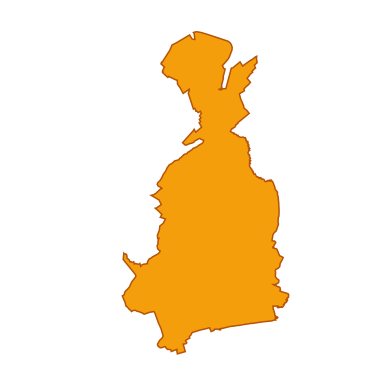 the district of Margineni, Bacau, Romania, rotated 261°
{"feature_id": "2599482B26421783388183", "entity_name": "Margineni", "entity_type": "district", "adm_level": 2, "iso_a3": "ROU", "parent_name": "Romania", "parent_adm1": "Bacau", "projection": "natural_earth1", "projection_center": [26.8, 46.608], "detail": "fine", "context": "isolated", "style": "filled", "palette": "amber", "viewbox_px": 384, "rotation_deg": 261, "n_neighbors": 0, "source": "geoboundaries", "source_scale": "gbopen_adm2", "svg_char_len": 6027}
<svg xmlns="http://www.w3.org/2000/svg" viewBox="0 0 384 384"><g transform="rotate(261 192 192)"><path d="M188.9,273.5L191.2,272.3L190.5,271.5L190.6,270.6L191.6,270.7L191.3,269.6L191.5,268.4L190.8,268.3L190.6,267.8L191.0,267.1L190.8,266.1L191.3,265.5L193.1,265.0L193.9,263.6L193.8,262.8L194.0,262.5L195.2,262.4L195.4,262.0L195.0,261.3L195.6,260.8L195.2,260.3L196.8,259.3L196.8,258.5L197.8,257.8L200.0,257.2L199.9,256.5L200.1,255.7L200.6,255.6L201.3,255.9L202.3,255.1L202.9,255.6L203.8,254.7L205.2,254.6L205.6,253.9L206.9,253.6L208.3,252.8L209.3,253.1L210.4,253.1L210.9,254.0L211.7,253.3L212.7,254.2L213.5,253.7L213.9,254.7L214.8,254.0L215.4,254.0L216.1,255.0L217.8,254.2L218.5,254.6L219.0,254.2L219.6,254.6L220.9,253.5L221.5,253.4L222.3,253.5L223.6,254.6L224.3,254.6L224.3,255.5L225.3,255.2L225.8,255.9L226.4,255.6L226.4,255.4L225.6,255.1L226.1,254.7L226.3,255.0L227.7,255.3L228.5,254.5L228.9,255.2L229.7,255.4L230.0,254.8L231.5,255.0L231.8,254.3L232.3,254.2L232.7,255.0L233.1,255.1L233.4,254.7L233.2,254.2L234.5,253.4L234.8,253.2L235.3,253.6L237.3,253.2L237.5,252.9L237.4,252.0L238.3,251.1L238.3,249.3L238.8,247.7L239.9,246.5L240.7,246.4L240.7,245.3L241.9,244.8L242.4,243.3L243.1,243.0L243.1,242.6L243.6,242.5L243.4,242.1L244.0,241.7L245.9,239.3L248.2,241.1L248.2,242.1L248.7,242.5L249.3,244.3L251.2,245.9L251.6,245.9L252.5,248.0L253.2,248.0L260.7,260.8L263.9,259.0L266.8,256.5L269.1,256.5L276.0,254.7L280.5,254.2L281.7,254.3L283.4,258.9L283.8,259.6L285.7,259.5L287.6,261.9L289.2,264.6L291.2,266.9L295.6,264.2L299.2,268.0L300.8,270.6L301.7,270.2L304.0,273.1L304.4,274.1L307.5,273.5L309.6,276.6L313.4,276.5L315.9,277.1L315.5,275.8L313.8,272.8L312.2,268.9L308.5,261.7L313.0,259.8L308.4,252.0L308.2,251.4L308.2,250.2L288.9,241.7L289.0,238.4L288.3,236.3L289.1,234.7L289.4,234.8L289.2,236.8L289.7,238.2L290.9,237.4L292.1,238.0L293.0,238.0L299.7,240.9L300.7,240.7L301.3,241.0L308.3,244.0L309.0,242.7L312.1,241.8L317.1,247.9L319.2,249.8L326.0,253.7L328.5,254.3L330.8,254.0L333.1,253.2L335.3,251.2L345.4,231.6L348.0,226.2L349.6,221.7L349.4,218.5L349.3,218.3L348.3,218.9L342.2,218.7L342.6,217.1L343.3,215.9L347.5,214.2L341.8,199.9L340.3,195.3L335.4,192.2L324.6,182.6L324.9,182.2L323.4,181.4L319.7,184.4L319.1,183.7L316.0,181.7L315.2,182.2L314.6,181.6L308.9,186.1L309.8,187.0L305.3,193.5L304.7,194.9L300.8,194.6L296.2,196.8L290.7,198.7L294.0,205.4L293.0,205.4L290.3,203.8L289.7,203.8L273.7,206.4L274.2,207.7L273.1,208.2L271.2,208.5L271.1,209.4L269.4,210.6L270.4,212.9L268.0,213.6L267.7,212.9L266.0,211.4L263.8,212.5L262.6,210.6L260.1,211.5L259.3,209.9L254.5,211.6L250.5,205.0L253.6,203.9L252.2,202.7L242.2,190.4L239.4,192.6L239.3,194.0L240.1,197.1L240.3,199.7L240.9,201.7L241.8,202.4L243.7,207.5L243.5,208.1L243.6,208.3L242.6,209.2L241.2,211.6L240.2,211.2L239.1,210.5L238.3,209.4L237.4,206.7L235.7,203.5L234.9,199.9L233.9,198.8L233.2,197.0L232.5,196.1L231.9,194.1L230.7,192.8L230.5,191.1L230.1,189.7L227.5,186.3L227.3,185.3L225.9,183.8L225.4,179.7L223.3,176.5L222.4,173.8L219.5,171.0L216.9,169.4L214.0,166.5L210.8,164.4L208.3,162.1L206.7,159.8L205.0,158.8L202.9,159.6L201.8,161.5L200.3,162.9L199.8,162.2L200.1,161.6L196.3,156.1L196.1,155.2L195.3,154.1L195.1,151.1L189.3,158.2L184.3,159.7L181.8,154.4L181.7,153.2L178.8,155.7L174.5,158.7L172.0,156.7L169.6,161.5L165.6,158.7L163.4,154.9L159.2,153.7L154.6,151.0L151.4,150.8L151.5,152.0L148.2,150.5L146.0,150.3L144.6,149.2L143.5,149.1L141.3,149.2L139.5,150.4L139.0,151.2L137.6,150.7L136.2,148.7L134.0,142.6L133.2,141.2L132.5,139.2L130.0,137.1L128.2,136.7L128.2,132.1L127.6,130.6L126.7,129.7L129.4,129.3L129.1,129.0L129.2,127.2L130.2,125.0L129.9,123.9L130.1,123.6L132.1,123.6L131.9,121.8L132.6,121.0L132.8,119.8L133.6,119.7L135.3,119.0L136.9,117.4L137.5,117.4L138.5,117.8L140.2,117.6L141.0,117.1L141.0,116.4L141.6,116.0L141.8,115.1L142.0,115.0L136.1,113.5L120.2,122.7L118.8,123.4L117.2,123.3L112.6,118.4L108.2,115.5L105.7,112.7L105.0,111.3L103.6,110.0L101.3,109.0L100.7,108.1L100.3,106.9L93.5,108.6L89.5,109.0L89.0,109.8L85.9,111.7L85.0,112.7L83.4,113.5L84.2,115.4L84.0,117.5L82.8,119.1L81.7,121.7L81.0,122.6L80.3,124.1L78.8,125.5L79.8,131.4L79.9,135.8L78.1,136.4L67.8,138.4L62.0,140.0L54.3,141.0L52.2,139.4L50.7,137.0L48.0,134.8L47.2,134.2L46.1,134.0L45.1,134.3L43.2,136.1L43.0,137.3L43.2,139.3L43.5,140.5L43.4,141.6L41.9,142.0L40.4,143.1L39.9,145.5L39.4,146.4L37.7,146.6L38.9,152.5L37.6,152.2L34.4,152.2L35.4,160.4L43.1,159.5L43.1,162.1L43.9,163.3L46.2,162.3L47.4,164.8L47.9,166.9L49.6,166.8L51.0,168.6L53.2,170.2L54.4,178.7L54.9,185.9L55.2,187.3L55.0,188.2L54.2,188.1L53.5,188.6L51.2,189.0L51.9,192.2L52.9,192.5L52.8,194.6L52.2,196.0L52.3,196.7L51.3,198.2L51.5,198.6L52.5,197.9L52.6,198.2L52.6,201.5L53.2,208.7L53.0,213.0L53.1,214.2L52.9,217.2L53.0,224.9L52.9,228.7L53.2,229.3L52.8,230.3L52.7,241.4L52.2,250.3L52.6,253.3L52.9,253.6L52.4,254.6L54.8,254.6L53.8,256.0L54.5,257.1L55.1,256.9L56.2,255.2L56.8,255.1L57.4,254.6L59.5,254.6L62.8,254.2L63.2,253.9L66.7,254.2L66.1,257.1L66.1,258.7L65.2,259.8L65.1,259.0L64.6,258.4L64.2,258.9L64.2,259.1L64.5,259.4L64.2,259.9L64.4,260.4L64.2,262.1L64.5,262.3L64.1,262.6L64.0,263.3L66.0,265.4L66.7,264.9L67.4,266.3L68.2,266.6L68.1,267.6L69.2,268.7L69.9,268.9L70.0,268.7L69.7,268.4L69.9,268.2L70.6,268.2L70.2,269.1L70.4,269.5L71.0,269.4L71.2,269.0L72.1,269.2L72.8,270.0L72.7,270.7L75.3,271.4L76.2,271.2L77.0,270.1L79.4,265.1L80.7,263.3L81.0,263.7L81.8,264.0L83.7,264.0L84.9,262.8L85.2,261.5L86.5,260.3L86.9,258.9L87.9,257.9L87.6,259.4L87.9,259.9L87.8,260.8L88.5,262.7L89.3,263.5L91.0,264.0L91.8,263.8L92.9,262.4L95.6,261.1L99.0,261.9L101.5,262.1L102.6,262.8L102.8,264.2L103.3,265.3L104.4,266.9L107.6,267.9L111.2,270.7L113.1,271.8L115.5,268.5L122.0,267.0L122.9,266.2L123.1,264.8L124.0,264.4L124.3,263.1L125.1,263.4L125.5,264.2L126.8,264.9L128.8,266.8L129.8,266.5L130.6,265.9L131.2,263.5L132.3,263.6L134.9,264.6L136.8,265.0L138.9,266.8L140.4,269.1L146.8,272.4L149.0,272.3L153.4,273.3L154.7,274.1L160.0,275.1L168.5,276.0L173.5,276.3L176.7,276.0L178.4,276.4L182.0,274.5L183.7,274.6L188.9,273.5Z" fill="#f59e0b" stroke="#b45309" stroke-width="1.5"/></g></svg>